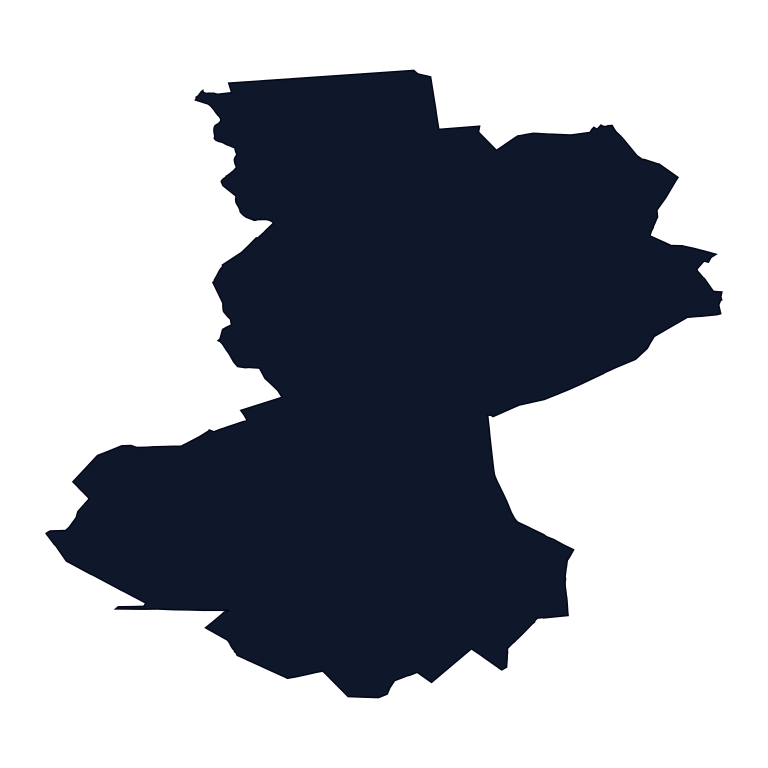 the district of Dekšāres pag., Vilanu, Latvia
{"feature_id": "27541924B87900075837764", "entity_name": "Dekšāres pag.", "entity_type": "district", "adm_level": 2, "iso_a3": "LVA", "parent_name": "Latvia", "parent_adm1": "Vilanu", "projection": "natural_earth1", "projection_center": [26.82, 56.612], "detail": "fine", "context": "isolated", "style": "filled", "palette": "ink", "viewbox_px": 768, "rotation_deg": 0, "n_neighbors": 0, "source": "geoboundaries", "source_scale": "gbopen_adm2", "svg_char_len": 6034}
<svg xmlns="http://www.w3.org/2000/svg" viewBox="0 0 768 768"><path d="M228.7,83.1L231.7,92.7L217.4,94.3L214.5,93.4L212.9,93.2L211.3,93.3L209.3,93.2L207.0,93.4L205.9,93.3L204.7,93.0L203.4,92.2L202.9,91.3L202.8,90.5L201.5,91.5L199.5,94.0L198.7,95.3L197.1,96.7L196.4,97.1L196.2,97.1L196.1,97.5L196.4,98.4L195.4,100.0L207.8,103.9L209.3,104.8L210.6,105.9L213.8,109.6L216.2,113.1L218.2,115.5L219.4,116.7L220.7,118.8L220.8,119.9L220.5,121.3L220.1,121.9L219.2,122.9L217.9,123.9L216.5,124.7L215.4,125.4L214.7,126.2L214.3,127.3L213.9,129.6L214.0,132.1L214.9,136.6L214.4,137.5L214.3,138.1L214.4,138.6L215.7,140.0L217.4,140.9L219.0,141.5L221.2,142.0L222.4,142.4L223.7,143.0L225.2,143.9L226.6,144.6L228.6,145.3L232.7,147.0L234.6,147.9L235.1,148.3L235.2,149.7L235.7,151.7L236.4,153.1L236.7,154.4L236.6,155.0L236.0,156.0L235.1,157.4L234.7,158.2L234.3,160.0L234.9,163.2L235.4,164.7L236.0,165.9L236.4,167.0L236.1,167.8L233.7,170.6L228.5,174.8L227.5,175.4L226.3,176.1L226.2,176.5L225.7,177.1L224.7,178.0L224.0,178.4L222.7,179.4L222.1,180.2L221.5,180.9L221.3,181.5L221.5,182.2L222.7,185.1L223.2,185.8L235.8,195.9L236.0,196.7L235.6,199.4L235.9,202.0L236.8,204.1L238.2,206.3L239.1,208.0L239.4,208.7L240.1,210.7L240.1,211.5L240.4,212.1L241.2,213.0L243.4,215.2L245.9,217.0L246.7,217.4L251.0,219.0L254.1,220.3L254.8,220.3L255.1,220.2L255.8,220.2L256.9,219.8L258.0,219.6L265.4,219.5L267.2,219.7L267.9,219.8L270.3,220.7L271.5,221.3L272.2,221.7L272.8,222.2L273.5,223.1L265.2,231.0L264.4,232.0L257.3,238.4L256.3,237.8L248.5,245.8L241.5,252.5L222.4,265.0L222.7,266.5L220.7,268.7L219.3,270.9L216.7,275.9L215.5,277.9L214.3,280.1L214.2,281.6L212.9,282.4L222.8,302.9L223.0,307.5L223.2,310.1L223.7,311.7L227.6,316.4L228.5,317.4L230.4,319.0L231.5,325.0L226.4,327.3L222.6,329.5L220.0,339.0L218.1,340.6L220.6,341.8L220.6,342.0L222.3,343.7L226.3,349.9L229.0,353.6L233.7,361.9L237.6,366.5L239.3,366.8L245.5,367.7L248.5,367.4L259.5,368.1L265.0,378.4L271.6,384.5L277.9,390.6L282.1,397.3L240.8,410.4L241.8,411.8L244.2,415.1L247.1,420.4L246.4,420.9L245.5,421.2L244.6,421.4L242.7,421.7L242.4,421.9L220.3,429.3L213.9,431.8L209.2,430.0L208.8,430.9L199.1,436.9L184.7,444.4L182.1,445.7L181.9,445.9L181.3,446.2L178.5,446.3L173.3,446.3L158.4,446.7L153.5,446.8L146.3,447.3L139.6,447.4L136.3,447.4L131.1,445.5L125.1,445.7L123.2,445.7L122.1,445.8L121.5,445.9L115.4,448.4L108.8,451.1L97.7,455.4L97.3,455.7L73.0,481.7L73.3,481.8L73.2,482.1L77.6,486.5L78.6,487.7L79.8,489.0L81.2,490.3L82.2,491.3L82.5,491.5L86.1,495.3L87.4,496.5L88.9,498.4L89.4,498.6L87.2,501.1L85.6,502.8L83.6,505.1L77.9,511.5L76.2,517.6L69.2,527.2L65.7,530.5L50.0,531.0L46.2,533.3L46.1,533.5L54.6,544.8L55.3,545.1L66.4,561.1L90.4,574.0L93.7,575.4L93.9,575.6L120.5,589.8L124.5,591.8L145.9,603.1L143.8,606.3L133.6,606.6L118.2,606.8L115.7,608.9L142.9,609.2L157.2,609.0L174.0,609.7L188.7,609.9L202.4,610.3L217.2,610.3L228.0,610.4L228.5,610.5L228.2,610.8L224.1,612.3L223.4,612.7L222.7,613.6L213.1,621.7L205.5,627.8L227.3,640.0L228.0,640.8L229.7,643.2L230.7,645.5L232.8,648.9L233.6,649.5L234.3,650.4L234.6,651.8L235.7,652.4L236.3,653.3L236.7,654.6L237.5,655.5L239.7,656.4L244.7,658.7L244.8,658.6L247.1,659.9L251.2,661.7L251.9,661.9L252.8,662.4L253.6,662.8L254.5,663.2L259.7,665.5L262.2,666.7L262.4,666.7L263.9,667.5L279.3,674.5L284.1,676.6L287.4,678.3L295.2,677.0L302.1,675.5L309.8,673.8L315.5,672.5L322.1,671.2L322.5,670.9L325.6,673.8L339.5,687.9L346.0,694.4L348.1,696.6L351.9,696.7L365.4,697.2L378.5,697.6L387.2,694.1L389.8,687.9L394.3,681.0L395.0,680.5L407.5,675.7L409.5,675.3L417.2,672.3L431.5,682.4L464.7,654.4L471.4,648.8L481.1,655.3L484.2,657.6L500.4,669.0L501.7,669.9L506.6,667.1L506.7,664.8L507.1,659.6L507.2,657.4L507.2,655.9L507.4,653.1L507.5,653.0L507.3,652.9L507.5,651.1L507.4,648.4L511.0,644.9L512.5,643.3L514.3,642.0L516.2,640.0L517.8,638.5L522.7,633.7L532.4,623.7L534.5,622.1L534.8,621.1L535.0,620.6L535.3,620.1L537.5,618.1L543.5,617.5L543.6,617.9L568.1,615.5L567.9,613.5L567.6,610.2L567.6,609.6L567.2,603.4L567.1,601.9L566.7,597.3L566.4,596.2L566.0,592.3L565.3,586.9L565.2,586.0L565.1,583.2L565.2,581.3L565.6,579.3L565.1,576.7L565.4,574.4L566.0,569.3L566.4,567.0L567.3,560.3L569.4,557.2L573.6,549.8L563.3,544.8L554.1,539.7L546.1,536.5L544.1,534.8L532.1,529.1L528.3,527.1L519.5,523.0L517.2,521.8L514.7,518.7L513.6,516.8L511.2,512.3L507.1,502.2L503.4,494.2L500.7,488.7L496.8,480.7L494.9,476.2L494.3,473.8L493.9,471.4L492.9,463.3L489.8,435.7L489.2,429.1L487.8,416.3L487.7,415.5L488.2,415.1L490.6,415.3L490.8,415.1L492.3,416.0L492.4,416.3L493.0,416.6L511.3,408.5L519.1,405.1L536.0,401.3L544.2,399.5L567.0,390.3L582.3,383.5L589.8,379.9L603.4,373.5L603.6,373.5L604.1,373.0L604.0,372.9L615.9,367.5L624.3,364.0L635.5,359.3L639.5,355.6L647.0,348.6L647.5,348.0L650.1,343.2L654.2,336.5L654.5,336.3L666.0,329.6L687.3,317.3L697.7,316.4L700.7,316.3L716.8,314.7L720.7,313.7L718.7,305.1L720.7,300.0L721.7,299.9L721.3,298.6L721.0,297.2L720.9,296.3L721.9,292.0L718.3,291.8L713.3,291.3L708.7,284.7L704.4,278.6L702.8,277.3L699.9,273.8L697.7,271.4L696.8,269.2L703.9,261.1L708.4,262.2L710.7,258.0L711.4,257.2L712.4,256.5L714.0,255.6L716.0,254.3L708.5,252.2L694.4,248.5L682.8,246.0L682.7,245.8L673.4,245.6L672.7,245.5L672.4,246.1L650.0,235.9L649.9,235.6L651.2,231.7L652.4,229.1L653.3,227.5L653.5,226.1L653.9,225.2L655.1,222.6L656.6,219.0L657.6,216.9L657.5,216.6L656.9,210.2L657.1,209.8L665.7,197.8L671.9,187.4L675.6,181.1L678.0,177.4L659.2,164.1L659.1,164.3L644.0,159.4L643.7,159.4L642.9,159.8L636.9,155.6L623.5,139.3L621.0,136.5L616.1,131.8L615.1,130.5L612.2,125.6L612.0,125.4L609.4,125.7L608.0,125.7L608.0,126.1L605.4,126.5L604.6,126.5L603.9,126.5L602.9,126.2L601.0,125.1L597.0,129.3L593.9,127.3L592.4,128.8L591.6,129.8L590.9,131.0L590.3,132.4L573.4,134.7L570.4,135.0L551.8,134.2L551.8,134.3L543.9,133.9L538.5,133.5L533.3,133.3L523.7,134.9L523.1,135.2L517.5,136.0L517.1,136.5L515.6,137.3L496.5,150.4L478.5,132.1L479.6,126.2L438.8,129.4L436.5,114.8L435.6,108.2L432.6,89.6L430.6,76.9L427.7,76.2L421.0,74.7L418.2,74.0L417.1,73.3L415.7,72.1L413.8,70.4L364.6,73.8L228.7,83.1Z" fill="#0f172a" stroke="#020617" stroke-width="1.5"/></svg>